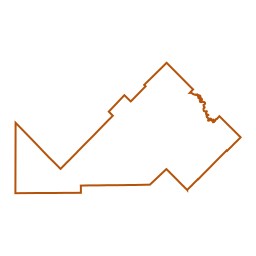 outline of Libertad, Chaco, Argentina
{"feature_id": "61730980B99039131308999", "entity_name": "Libertad", "entity_type": "district", "adm_level": 2, "iso_a3": "ARG", "parent_name": "Argentina", "parent_adm1": "Chaco", "projection": "orthographic", "projection_center": [-59.148, -27.313], "detail": "fine", "context": "isolated", "style": "outline", "palette": "amber", "viewbox_px": 256, "rotation_deg": 0, "n_neighbors": 0, "source": "geoboundaries", "source_scale": "gbopen_adm2", "svg_char_len": 4825}
<svg xmlns="http://www.w3.org/2000/svg" viewBox="0 0 256 256"><path d="M80.9,192.8L80.9,192.5L80.9,192.0L80.9,191.7L80.9,190.9L80.9,190.1L80.9,188.7L80.9,187.3L80.8,185.8L80.8,185.6L89.2,185.4L97.5,185.4L102.6,185.3L107.6,185.2L110.9,185.2L114.3,185.2L117.8,185.2L121.2,185.1L121.9,185.1L123.4,185.1L124.4,185.1L128.7,185.0L131.2,185.0L131.3,185.0L134.7,185.0L138.0,184.9L139.8,184.9L143.2,184.8L148.3,184.7L149.1,184.7L149.9,184.7L150.8,183.8L151.7,183.0L159.1,176.0L161.5,173.7L166.4,169.1L166.6,169.3L167.1,169.8L168.1,170.8L169.1,171.7L169.1,171.8L170.4,173.1L171.6,174.3L172.9,175.6L174.2,176.9L174.3,176.9L174.5,177.2L175.6,178.3L176.8,179.5L178.1,180.8L179.3,182.1L179.8,182.6L180.6,183.4L182.0,184.8L182.7,185.5L184.0,186.7L184.6,187.4L185.3,188.1L186.7,189.4L187.2,190.0L187.2,189.9L188.5,188.6L189.9,187.2L191.2,186.0L192.4,184.8L192.4,184.7L193.8,183.3L195.1,182.0L195.2,181.9L195.8,181.3L196.2,180.9L196.5,180.7L197.1,180.0L197.8,179.3L197.9,179.5L198.0,179.5L200.5,176.9L203.1,174.2L207.1,170.2L209.0,168.3L212.8,164.4L218.6,158.5L219.0,158.1L221.5,155.6L223.1,154.0L224.1,153.0L224.2,152.9L225.4,151.7L226.7,150.3L227.1,150.6L227.2,150.8L227.4,150.6L228.3,149.7L228.7,149.3L229.9,148.0L230.0,148.0L230.2,147.8L231.0,147.0L231.3,146.7L231.6,146.4L232.6,145.4L233.2,144.7L235.2,142.7L235.5,142.4L235.8,142.2L236.5,141.5L236.6,141.3L237.3,140.7L237.9,140.1L238.3,139.7L238.6,139.3L239.4,138.6L239.7,138.3L240.1,137.9L240.2,137.7L240.4,137.6L240.6,137.4L240.5,137.2L240.3,137.0L240.3,136.9L240.1,136.8L239.8,136.4L239.5,136.2L231.5,128.2L230.1,126.9L219.4,116.2L217.2,118.6L217.1,118.8L216.7,118.8L216.4,119.0L216.2,119.0L215.7,119.6L215.5,119.9L215.3,120.3L215.3,120.7L215.2,120.8L214.9,121.0L214.5,121.2L214.4,121.3L214.3,121.6L214.1,121.9L213.9,122.1L213.5,122.2L213.2,122.2L213.3,121.8L213.4,121.0L213.4,120.8L213.4,120.4L213.5,120.0L213.5,119.7L213.2,119.6L213.0,119.9L212.8,120.3L212.5,120.5L212.3,120.7L211.9,120.8L211.7,120.7L211.3,120.4L211.2,120.2L211.1,119.9L210.9,119.7L211.2,119.3L211.1,118.9L210.8,118.7L210.6,118.9L210.3,118.8L209.9,118.8L209.8,119.2L209.8,119.6L209.8,119.8L209.6,120.1L209.4,120.3L209.2,120.5L208.9,120.5L208.6,120.7L208.3,120.7L208.1,120.5L208.2,120.2L208.2,119.9L208.4,119.6L208.4,119.3L208.7,119.1L208.7,118.9L208.8,118.6L208.4,118.2L207.8,117.9L207.3,117.5L207.0,117.3L206.9,116.8L206.6,116.1L206.9,115.8L207.5,115.7L208.0,115.2L208.3,115.1L208.3,114.9L207.9,114.7L207.5,114.4L206.9,114.5L206.6,114.5L206.3,114.4L206.0,113.9L206.1,113.4L206.1,112.9L206.1,112.6L206.3,112.1L206.5,112.0L206.7,111.8L206.8,111.4L206.2,111.2L205.8,111.3L205.4,111.4L204.8,111.4L204.5,111.3L204.0,111.0L203.8,110.8L203.6,110.2L203.5,109.5L203.5,108.8L203.6,108.4L203.9,108.1L204.2,108.0L204.5,107.7L204.6,107.2L204.4,107.1L204.2,106.9L203.9,106.5L203.7,106.0L203.6,105.7L203.5,105.0L203.7,104.8L204.1,104.6L204.3,104.5L204.8,104.1L205.1,103.7L205.0,103.0L204.9,102.7L204.6,102.3L204.3,102.2L203.8,101.9L203.4,102.0L202.9,101.9L202.6,101.9L202.4,101.9L202.2,101.8L201.8,101.8L201.6,102.0L201.3,102.1L201.1,102.2L200.7,102.1L200.3,102.0L200.0,101.4L199.9,101.0L200.2,100.9L200.4,100.8L200.9,100.5L201.2,100.4L201.7,100.2L202.0,99.8L202.0,99.4L201.8,99.1L201.7,98.8L201.5,98.5L201.2,98.4L201.1,98.6L200.9,99.0L200.5,99.2L200.2,99.4L200.0,99.2L199.8,99.0L199.5,98.8L199.3,98.3L199.3,97.9L199.5,97.7L199.8,97.4L199.9,97.2L200.1,97.3L200.4,97.1L200.4,96.9L200.4,96.6L200.4,96.3L200.3,96.0L199.9,95.6L199.6,95.5L199.7,95.8L199.7,96.1L199.5,96.3L199.4,96.6L199.1,96.5L198.9,96.4L198.9,96.7L198.8,97.0L198.8,97.3L198.8,97.9L198.5,98.0L198.4,97.7L198.3,97.4L198.2,97.1L198.2,96.9L198.1,96.6L198.0,96.3L198.1,96.0L198.2,95.8L198.2,95.4L197.4,94.6L197.2,94.9L196.2,95.1L195.5,94.8L195.6,94.6L195.4,94.6L195.1,94.7L194.9,94.7L194.5,94.7L194.2,94.6L193.9,94.3L193.6,94.1L193.1,94.0L192.9,94.0L192.6,93.8L192.5,93.7L192.3,93.5L192.1,93.4L191.9,93.2L191.6,92.9L191.2,92.7L191.0,92.8L190.7,92.7L190.5,92.9L190.2,92.9L189.8,92.9L190.3,92.4L190.9,91.7L193.1,89.4L191.6,88.0L169.1,65.3L166.6,62.8L163.6,65.8L146.2,82.9L144.2,84.9L145.3,86.0L145.6,86.3L145.1,86.8L132.0,100.2L131.1,101.0L130.7,101.4L129.0,99.7L124.4,95.2L121.7,98.0L116.5,103.5L108.8,111.6L111.4,114.3L112.8,115.7L110.4,118.2L108.6,119.9L92.8,136.2L90.9,138.1L89.4,139.6L88.9,140.1L88.4,140.6L85.8,143.2L80.1,149.0L77.7,151.4L77.7,151.5L75.5,153.8L74.6,154.7L71.5,157.8L70.5,158.9L70.2,159.2L66.0,163.3L64.3,165.1L60.5,168.9L60.4,168.8L56.8,165.1L54.2,162.5L48.9,157.3L47.9,156.3L47.7,156.0L45.9,154.2L34.6,142.3L15.6,122.8L15.4,192.4L15.4,193.2L37.9,193.0L46.0,193.0L54.0,193.0L62.7,192.9L64.4,192.9L68.1,192.9L70.3,192.9L71.5,192.9L72.6,192.9L73.5,192.9L74.6,192.9L75.6,192.9L76.2,192.9L76.7,192.8L77.4,192.8L77.9,192.8L78.7,192.8L79.4,192.8L79.8,192.8L80.1,192.8L80.5,192.8L80.9,192.8L80.9,192.8Z" fill="none" stroke="#b45309" stroke-width="2"/></svg>